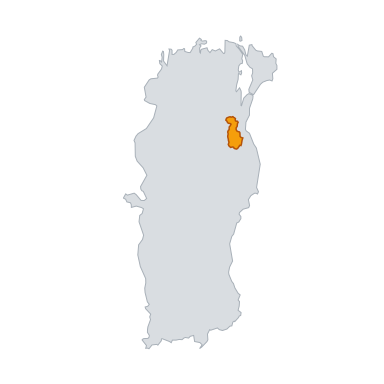 Turkey, with Bolu highlighted, rotated 98°
{"feature_id": "TUR-2268", "entity_name": "Bolu", "entity_type": "Province", "adm_level": 1, "iso_a3": "TUR", "parent_name": "Turkey", "parent_adm1": "", "projection": "albers", "projection_center": [31.568, 40.592], "detail": "fine", "context": "in_parent", "style": "filled", "palette": "amber", "viewbox_px": 384, "rotation_deg": 98, "n_neighbors": 0, "source": "natural_earth", "source_scale": "10m", "svg_char_len": 4634}
<svg xmlns="http://www.w3.org/2000/svg" viewBox="0 0 384 384"><g transform="rotate(98 192 192)"><path d="M287.2,130.0L292.5,131.3L293.9,129.7L298.5,129.4L302.7,129.9L304.6,126.6L307.5,126.6L308.3,128.0L309.7,128.4L314.4,131.6L314.0,132.2L315.2,133.5L319.0,133.9L319.6,135.8L322.8,138.3L324.9,142.5L324.5,145.8L323.1,147.9L326.3,154.3L325.8,155.3L330.5,156.9L336.2,155.7L338.1,156.4L344.3,160.9L346.0,162.7L341.9,160.7L340.0,163.2L339.7,168.6L333.8,170.4L335.2,173.7L337.1,175.0L337.0,178.3L337.6,179.5L339.6,181.3L339.8,184.2L340.9,187.2L341.4,190.8L344.1,191.6L343.2,193.4L341.4,201.2L341.7,201.8L343.6,201.7L348.4,204.5L347.8,205.7L349.0,210.3L353.2,212.8L352.8,214.5L353.2,216.1L350.4,215.7L345.5,220.8L344.9,220.7L343.9,219.4L343.1,215.2L341.7,214.3L339.9,214.3L337.2,216.6L334.4,216.9L331.7,216.9L324.1,215.3L321.6,216.5L318.7,215.9L314.0,221.7L312.4,222.4L311.3,219.9L309.2,218.7L307.0,220.9L298.0,224.5L293.8,225.4L288.5,225.1L284.2,225.8L273.0,232.8L261.9,236.9L251.8,237.5L245.9,234.4L241.5,233.9L228.9,240.3L222.5,240.5L220.3,238.4L215.3,237.7L214.4,240.0L213.7,245.2L215.7,249.9L212.9,250.4L211.2,251.5L210.9,255.1L208.4,256.7L207.7,258.9L207.3,259.0L203.1,257.4L204.1,255.6L201.2,249.1L202.4,246.9L207.4,241.3L207.1,238.1L204.7,236.0L198.2,240.3L197.7,241.9L196.2,243.1L193.8,243.7L181.7,239.0L174.8,243.8L169.1,250.6L164.6,253.1L151.3,255.2L149.0,256.6L144.4,255.2L141.7,253.5L135.5,246.0L123.9,240.3L111.7,238.8L110.6,240.3L110.2,246.1L108.1,251.6L107.1,252.1L104.4,250.7L94.9,253.8L86.9,250.0L85.6,248.4L84.0,242.0L82.8,241.5L81.5,242.3L80.1,242.3L74.5,239.3L71.4,239.0L69.4,241.7L66.3,242.6L66.3,241.9L67.5,240.2L62.7,240.3L60.1,241.5L56.6,240.6L56.9,239.8L59.8,239.1L66.3,238.4L70.5,234.3L55.1,233.9L53.6,234.7L53.5,232.5L54.4,231.5L58.5,230.9L58.3,229.1L55.9,227.0L53.3,225.9L52.3,221.2L51.0,220.0L51.2,219.3L53.8,218.7L54.4,215.3L54.2,213.2L49.4,211.2L48.3,211.3L47.1,209.4L45.1,208.0L43.4,209.0L38.6,206.0L39.6,204.0L40.8,204.2L41.1,202.6L40.3,200.0L40.5,198.6L41.6,198.3L42.8,198.6L43.9,200.3L43.9,203.2L45.1,205.1L46.1,203.4L48.3,204.5L52.4,203.8L53.2,203.0L50.2,203.0L49.2,202.2L47.1,197.2L49.6,195.9L51.5,193.6L48.2,191.8L49.1,188.5L46.4,184.6L50.5,180.0L50.3,179.3L49.1,178.9L37.2,180.3L37.1,178.1L38.1,176.3L38.3,171.6L39.0,169.1L41.2,168.5L44.1,165.0L48.6,160.9L53.1,161.2L55.0,160.1L57.6,160.1L58.3,161.9L60.6,163.2L64.7,163.2L66.8,162.2L65.0,159.9L67.3,159.4L69.2,159.9L68.1,162.2L68.6,162.5L74.0,162.0L79.6,162.7L85.7,162.7L86.5,161.9L82.2,159.4L85.1,157.5L86.7,157.1L99.6,155.5L99.7,155.0L91.8,153.8L87.8,150.9L86.7,149.4L87.6,145.8L88.5,144.9L91.3,144.8L101.0,146.7L107.9,145.8L115.3,148.3L122.6,147.8L124.0,146.8L125.8,143.3L136.0,137.5L139.5,134.4L155.0,128.3L178.5,128.7L182.5,126.2L184.9,126.9L184.3,128.5L184.5,129.9L187.4,133.2L191.7,135.1L197.4,133.1L199.6,133.7L201.9,139.0L205.7,142.1L207.4,142.3L209.5,140.2L211.6,139.9L215.2,141.5L216.5,143.4L227.9,144.9L230.4,146.4L238.1,147.5L254.7,142.2L261.1,144.3L266.3,144.6L268.5,144.0L275.0,140.2L276.9,138.2L281.0,136.2L285.9,132.2L287.2,130.0ZM70.9,128.2L70.3,130.6L71.2,133.4L73.4,137.2L75.8,139.2L87.1,144.6L85.3,149.3L82.4,150.0L72.6,147.4L68.6,149.1L65.7,148.5L61.6,149.2L60.4,152.0L57.4,155.2L49.3,158.8L41.6,166.4L39.5,167.3L40.6,164.7L40.6,162.2L43.9,159.6L48.5,157.8L49.8,156.1L38.6,155.7L37.7,153.2L38.8,152.8L42.7,148.6L43.2,146.9L43.1,142.5L47.6,140.3L48.0,139.3L47.5,135.0L43.5,132.3L43.7,131.1L46.7,130.1L48.5,127.2L52.9,126.9L55.0,125.5L58.7,125.0L63.2,128.9L68.7,127.7L70.9,128.2ZM35.7,165.8L31.9,166.2L30.8,165.5L32.1,164.3L35.0,163.6L35.9,164.9L35.7,165.8Z" fill="#d9dde1" stroke="#a8b0b8" stroke-width="1"/><path d="M142.9,156.4L142.3,156.7L141.9,157.1L141.8,158.3L142.5,160.0L142.2,160.5L141.6,161.1L141.2,161.9L139.8,162.7L137.6,162.3L136.9,162.6L136.2,163.0L134.3,163.5L133.2,164.0L131.8,164.4L129.7,164.3L129.1,164.4L127.6,165.0L127.1,164.9L126.6,164.7L126.1,164.7L125.7,164.5L125.2,163.9L122.4,164.2L121.0,163.3L119.5,162.8L119.0,163.2L118.9,164.0L118.9,165.3L118.4,166.4L117.1,167.2L116.1,168.5L115.0,168.3L114.0,168.0L113.4,167.2L112.4,165.4L112.2,164.4L112.5,163.7L112.1,162.9L111.8,162.5L111.7,161.9L111.9,161.7L112.2,161.5L112.6,160.2L113.3,159.2L114.4,159.3L115.5,158.8L115.7,158.1L115.6,157.5L115.6,156.8L116.6,156.0L117.9,156.5L120.6,156.4L122.4,157.2L124.0,157.0L125.3,156.1L125.8,154.5L125.9,153.4L126.7,152.8L128.8,152.4L130.3,152.1L131.1,151.1L131.4,149.2L132.6,149.4L133.6,149.6L137.0,149.7L137.8,149.7L139.2,150.0L139.1,150.6L139.1,151.2L139.5,151.5L140.0,151.5L140.8,152.0L142.6,152.9L143.3,154.0L143.2,154.6L143.2,154.9L143.2,155.2L142.9,156.4Z" fill="#f59e0b" stroke="#b45309" stroke-width="1.5"/></g></svg>